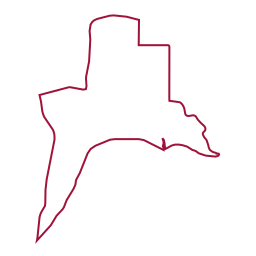 the border of Al-Basrah
{"feature_id": "IRQ-3222", "entity_name": "Al-Basrah", "entity_type": "Province", "adm_level": 1, "iso_a3": "IRQ", "parent_name": "Iraq", "parent_adm1": "", "projection": "orthographic", "projection_center": [47.689, 30.202], "detail": "fine", "context": "isolated", "style": "outline", "palette": "rose", "viewbox_px": 256, "rotation_deg": 0, "n_neighbors": 0, "source": "natural_earth", "source_scale": "10m", "svg_char_len": 1625}
<svg xmlns="http://www.w3.org/2000/svg" viewBox="0 0 256 256"><path d="M163.6,150.0L143.9,140.1L138.7,139.1L115.3,139.1L110.1,139.7L95.5,145.7L90.7,148.9L87.6,153.4L79.8,173.1L76.4,179.3L75.9,180.8L75.5,184.0L75.3,185.0L73.5,188.9L66.6,200.2L63.9,207.3L62.5,209.4L56.6,215.7L50.8,225.3L36.9,240.6L37.4,238.0L39.6,216.9L40.4,214.2L41.5,211.8L44.9,206.0L45.3,203.3L45.5,189.9L46.7,179.3L54.5,139.7L54.5,136.7L54.3,134.0L53.7,131.9L53.0,129.9L44.2,116.9L43.1,114.2L42.3,111.2L41.0,101.5L39.5,95.0L69.0,87.2L70.7,87.3L83.2,89.6L85.9,89.1L86.5,86.2L86.0,78.6L86.2,76.2L86.8,73.2L89.1,61.4L90.3,39.6L89.6,30.9L90.6,24.5L92.3,21.9L94.2,20.3L97.3,18.9L109.7,15.7L113.7,15.4L126.5,16.7L138.9,19.9L139.0,19.9L138.7,45.2L168.2,45.2L169.1,45.7L169.4,47.1L169.3,97.5L169.4,100.8L179.0,102.1L180.0,102.4L180.9,103.0L182.4,104.6L183.6,106.7L184.4,109.0L185.2,113.6L185.6,114.6L186.3,115.4L187.3,115.8L188.4,116.0L189.5,115.9L192.8,115.3L193.9,115.4L195.0,115.8L195.9,116.5L197.7,119.5L200.7,122.8L204.2,126.0L204.8,126.9L205.3,128.0L205.4,129.1L205.2,130.2L204.6,131.1L203.7,131.9L203.0,132.8L202.8,134.0L203.0,134.7L204.1,137.1L205.9,139.2L206.5,140.2L206.7,140.4L208.4,145.6L208.6,147.0L209.4,149.0L209.8,149.7L210.4,150.3L211.7,151.3L213.1,152.1L215.9,152.9L216.5,153.2L216.5,153.7L218.7,153.7L219.1,154.7L218.0,155.9L215.6,156.6L205.7,155.6L198.8,153.3L195.5,150.9L192.3,149.9L187.3,146.7L183.3,145.4L179.1,144.6L175.2,144.6L171.8,145.5L165.5,148.9L164.8,146.2L164.5,143.0L163.9,140.1L162.4,138.2L163.5,141.6L163.6,142.8L163.4,144.2L163.0,145.5L162.9,146.6L163.6,147.5L163.6,150.0Z" fill="none" stroke="#9f1239" stroke-width="2"/></svg>